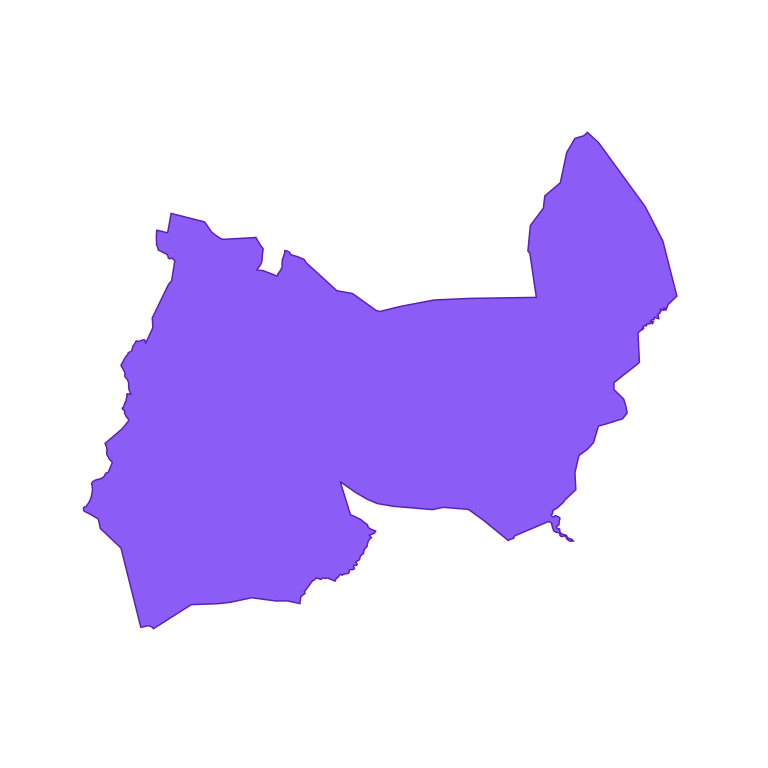 Copanatoyac, Guerrero, Mexico, rotated 102°
{"feature_id": "50627088B48570898025332", "entity_name": "Copanatoyac", "entity_type": "district", "adm_level": 2, "iso_a3": "MEX", "parent_name": "Mexico", "parent_adm1": "Guerrero", "projection": "robinson", "projection_center": [-98.679, 17.438], "detail": "fine", "context": "isolated", "style": "filled", "palette": "violet", "viewbox_px": 768, "rotation_deg": 102, "n_neighbors": 0, "source": "geoboundaries", "source_scale": "gbopen_adm2", "svg_char_len": 6169}
<svg xmlns="http://www.w3.org/2000/svg" viewBox="0 0 768 768"><g transform="rotate(102 384 384)"><path d="M584.3,631.4L599.1,607.2L672.5,571.3L671.6,568.8L670.5,566.8L669.5,564.3L669.5,562.0L670.1,560.4L671.3,558.7L639.9,526.7L633.5,501.1L629.6,489.2L620.6,469.1L618.7,444.6L616.2,433.4L616.3,420.6L609.6,421.1L608.0,420.3L605.3,417.7L603.7,418.6L591.1,412.9L590.9,412.1L590.7,411.9L588.0,410.1L587.8,409.8L587.9,408.8L587.8,407.7L588.2,406.2L588.2,405.3L587.9,404.6L586.6,403.8L586.3,403.3L586.3,402.7L586.4,401.9L586.4,400.5L586.0,400.1L585.5,399.2L585.4,398.4L586.1,396.7L586.0,395.4L586.3,394.4L586.5,393.0L587.0,391.5L587.0,391.1L586.6,390.6L585.2,390.6L584.2,390.3L583.1,389.1L582.7,389.0L581.9,388.4L579.8,387.5L579.1,387.0L579.1,386.6L579.6,385.7L579.6,385.0L578.7,384.2L577.8,382.6L577.2,380.7L576.5,379.6L576.2,379.2L575.5,378.9L574.4,379.0L573.5,379.4L572.8,379.0L572.5,378.4L572.4,377.0L572.3,376.5L572.0,375.9L571.6,375.1L570.9,374.8L570.2,374.7L569.2,375.8L568.7,375.9L568.1,375.9L567.7,375.6L567.4,375.2L567.4,374.2L567.2,373.6L566.6,372.8L566.2,372.7L565.7,372.9L564.3,374.2L564.0,374.3L563.4,374.2L562.7,373.5L561.9,372.3L561.3,371.8L560.1,371.4L557.9,371.4L556.9,371.1L556.2,370.5L555.7,370.3L554.6,369.2L553.9,368.9L550.4,368.9L548.9,368.3L547.3,367.4L546.6,366.8L545.8,366.8L545.4,367.0L544.8,367.0L543.4,366.9L541.0,366.7L539.9,366.4L538.5,365.7L537.6,365.0L537.0,364.3L535.0,366.9L532.5,363.3L532.1,362.5L529.5,361.6L529.1,364.9L528.1,368.6L526.8,370.2L525.1,370.9L523.2,375.2L521.4,378.5L520.2,383.2L519.1,388.2L519.3,389.4L489.9,405.8L488.9,406.2L489.2,405.2L496.1,389.0L500.1,376.9L502.3,365.8L501.7,349.3L500.9,343.3L496.8,310.5L492.3,300.4L489.1,275.3L496.7,258.2L511.2,230.0L509.4,227.7L508.1,225.3L505.4,224.6L485.7,196.6L485.3,196.3L484.9,195.5L484.6,194.4L484.2,193.7L484.7,192.8L484.8,192.2L485.0,191.6L485.4,191.0L485.8,190.8L486.7,190.7L487.9,189.9L488.8,189.6L491.9,187.7L492.6,186.9L493.0,186.0L493.2,185.1L493.3,184.4L493.0,183.5L493.1,182.7L493.7,181.1L494.3,180.6L495.3,180.5L495.7,180.2L496.1,179.5L496.3,178.8L496.2,178.3L495.9,177.3L495.2,176.2L495.1,175.8L495.3,174.5L495.6,174.1L496.9,173.6L497.3,173.3L498.6,171.0L498.9,170.1L499.0,169.0L498.8,168.1L498.5,167.4L498.3,166.3L497.2,167.6L496.7,168.8L496.5,171.7L496.1,172.5L495.1,173.5L494.3,173.9L494.0,174.8L493.8,177.8L493.5,179.3L493.0,180.2L491.9,181.2L490.4,181.8L489.6,181.9L489.1,182.6L489.5,183.9L489.1,184.6L488.2,185.6L487.5,185.6L486.9,185.1L486.0,184.0L485.5,183.7L483.3,183.8L482.2,184.1L480.9,184.1L479.3,183.8L478.1,184.6L477.8,185.5L477.6,187.1L477.1,188.3L477.2,188.9L477.6,189.6L478.3,189.9L478.6,190.2L478.7,191.0L478.6,191.8L478.2,192.5L477.5,193.0L477.0,193.1L476.0,192.3L475.4,192.1L474.7,192.3L473.8,192.6L473.3,192.3L472.8,192.2L472.4,192.4L469.8,189.3L463.1,184.4L459.2,182.5L447.5,174.4L430.9,178.8L414.2,178.5L412.5,177.8L405.6,171.4L399.7,168.1L397.9,166.9L380.5,165.5L376.9,158.5L368.5,143.5L362.3,140.3L360.9,140.5L356.8,142.1L348.9,146.4L341.7,157.9L334.9,159.3L325.4,151.6L311.1,139.6L309.6,138.7L281.2,146.2L276.5,142.9L277.0,142.7L275.8,141.7L275.4,142.1L275.2,142.0L275.1,142.3L273.1,142.2L272.7,141.0L272.6,139.5L270.8,139.5L270.5,138.4L270.0,138.0L270.1,137.3L269.5,136.4L269.0,135.1L269.1,133.9L267.1,133.5L267.1,134.1L267.4,135.9L267.3,136.6L265.6,135.4L265.2,134.7L265.0,133.3L262.6,133.4L263.0,128.8L262.4,128.9L262.1,129.3L261.5,129.5L260.6,129.6L259.9,130.1L259.9,130.9L259.2,130.8L258.7,130.5L257.2,128.8L257.0,129.1L256.6,129.1L256.2,129.0L255.1,128.2L254.1,129.1L253.7,129.3L253.4,127.9L253.0,127.4L253.5,127.1L253.8,126.4L253.8,125.5L251.4,125.7L251.6,125.2L251.9,125.0L253.0,123.6L247.0,122.6L237.1,115.8L186.1,141.0L156.2,165.4L103.4,224.2L95.5,237.4L96.5,237.8L100.0,240.6L102.3,245.2L104.2,248.3L119.5,253.4L150.5,253.4L164.5,264.2L165.3,264.5L165.3,264.8L166.6,265.8L178.9,264.7L198.6,273.8L224.0,270.9L226.1,268.4L267.6,253.0L282.4,317.8L291.5,352.7L304.5,383.6L314.0,403.3L313.6,407.3L302.0,433.7L302.6,449.5L281.9,484.7L281.4,485.7L279.0,487.6L278.4,489.3L278.3,491.0L277.5,494.0L277.0,500.9L276.6,502.4L274.8,503.7L274.2,505.7L274.0,507.0L274.2,508.7L276.5,508.4L280.5,508.8L283.2,509.3L287.8,508.7L290.0,508.0L291.5,508.0L295.6,509.4L298.7,510.8L299.4,510.6L300.3,510.8L300.5,512.2L298.2,525.9L299.0,531.9L298.0,531.8L293.3,529.6L289.8,528.9L283.0,529.8L276.9,530.3L273.6,534.0L269.9,537.5L267.2,539.8L267.9,541.8L275.7,570.5L276.0,572.1L275.7,573.9L273.2,580.3L271.3,584.1L262.8,593.1L261.4,627.7L280.0,627.1L280.8,627.3L281.1,628.1L281.0,629.1L281.1,630.5L280.8,632.5L280.9,635.1L280.8,638.2L284.4,637.8L288.3,637.1L294.0,635.6L294.7,635.6L295.8,635.0L297.3,633.7L299.8,632.8L300.4,630.2L301.1,628.1L302.0,624.1L302.7,622.9L304.0,621.8L305.7,621.1L306.1,620.0L305.1,617.1L306.3,615.5L306.8,614.3L327.1,613.2L331.4,615.5L367.5,624.4L377.0,621.8L393.5,625.6L393.4,625.9L391.2,626.8L390.6,627.5L390.6,628.1L391.7,630.2L393.0,632.0L393.5,634.5L393.4,635.3L394.5,635.7L395.6,635.9L396.8,636.4L397.7,636.6L399.4,637.6L401.6,637.5L404.1,637.8L404.9,638.3L406.5,640.7L407.5,640.6L408.6,640.8L410.0,641.8L413.8,643.3L415.7,643.7L419.9,645.1L420.6,645.0L426.6,639.9L427.1,639.7L429.6,639.3L430.4,639.1L431.5,638.1L432.0,637.2L433.0,636.0L435.5,634.3L436.3,634.0L439.4,633.3L441.8,632.6L443.8,631.5L445.4,630.3L446.6,629.5L446.8,630.1L446.9,633.0L447.1,633.2L447.6,633.4L448.3,633.3L449.7,632.7L451.0,632.9L452.5,633.0L454.0,632.8L454.6,632.9L456.4,633.6L457.8,633.5L458.7,633.9L459.3,633.8L461.0,634.2L461.3,634.3L462.1,635.1L463.1,634.4L463.9,632.2L466.1,631.9L469.6,629.3L471.4,626.9L472.8,626.1L473.8,626.5L482.4,630.9L500.1,644.5L502.5,642.9L504.3,641.9L505.9,641.3L508.7,641.0L510.1,640.7L511.0,640.2L512.0,639.3L512.7,638.4L514.4,637.2L517.3,633.4L527.8,635.4L529.0,637.5L533.4,638.9L534.5,640.3L535.6,641.6L536.4,642.9L536.7,644.0L538.0,646.3L539.7,648.2L541.8,649.3L542.8,649.3L543.2,649.1L543.4,648.5L543.9,648.2L545.8,648.0L546.2,647.7L547.9,647.2L548.9,647.2L549.5,647.0L551.3,647.0L552.8,646.8L556.3,647.0L559.7,647.6L562.3,648.4L564.0,649.3L565.7,649.8L566.3,651.1L567.0,651.7L567.7,652.2L570.2,651.5L570.7,650.9L572.5,644.1L575.5,635.4L584.3,631.4Z" fill="#8b5cf6" stroke="#5b21b6" stroke-width="1.5"/></g></svg>